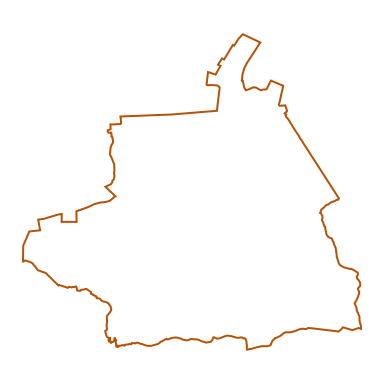 Racsa, Satu Mare, Romania
{"feature_id": "2599482B8839717617259", "entity_name": "Racsa", "entity_type": "district", "adm_level": 2, "iso_a3": "ROU", "parent_name": "Romania", "parent_adm1": "Satu Mare", "projection": "robinson", "projection_center": [23.336, 47.815], "detail": "fine", "context": "isolated", "style": "outline", "palette": "amber", "viewbox_px": 384, "rotation_deg": 0, "n_neighbors": 0, "source": "geoboundaries", "source_scale": "gbopen_adm2", "svg_char_len": 6006}
<svg xmlns="http://www.w3.org/2000/svg" viewBox="0 0 384 384"><path d="M247.0,349.7L247.8,349.6L248.7,349.2L251.1,348.9L253.8,348.2L256.5,347.3L259.3,346.7L262.1,346.2L267.1,346.2L269.4,345.7L270.5,345.1L270.8,344.8L271.1,343.5L272.6,340.7L273.2,339.9L274.6,338.8L274.8,338.3L276.6,337.7L280.1,336.0L284.4,332.7L285.2,332.4L286.3,332.3L289.4,332.4L291.7,332.0L296.1,330.7L298.2,329.7L301.4,328.8L302.9,328.7L304.5,329.0L306.0,329.0L306.6,328.9L307.9,328.0L311.3,328.2L335.3,331.1L338.4,331.6L340.5,330.0L343.0,327.3L352.3,330.1L358.8,328.0L361.0,328.9L361.0,327.1L360.8,325.3L360.5,324.2L360.1,323.4L359.8,322.2L359.4,318.6L359.5,317.1L359.4,316.1L358.8,315.3L358.1,313.1L357.2,311.6L356.8,310.4L356.7,309.6L356.3,307.2L355.2,304.8L354.6,303.3L354.8,302.7L356.1,300.9L357.2,298.7L358.0,296.8L359.1,293.3L359.2,292.1L358.0,289.1L358.0,288.6L358.7,287.3L360.0,286.3L360.2,285.6L360.1,282.7L359.7,281.8L358.4,279.9L357.2,278.7L356.9,277.9L356.7,277.1L356.8,276.5L357.4,275.7L357.8,275.0L358.0,273.6L357.8,273.0L356.9,272.1L353.3,269.8L351.3,268.9L350.0,269.0L348.9,268.5L348.1,268.5L347.3,268.3L343.5,267.2L340.4,265.4L339.9,264.9L338.9,263.4L336.8,257.0L336.4,253.0L335.6,247.4L335.1,246.9L334.2,244.5L333.7,244.0L333.7,242.5L332.6,240.8L332.5,240.3L331.9,238.8L331.4,238.4L329.7,237.7L328.2,236.9L327.0,235.2L326.2,233.7L326.0,231.4L325.5,230.7L325.4,229.4L325.4,228.4L325.3,227.6L325.3,227.2L325.1,226.7L324.3,226.3L323.6,224.0L323.3,222.6L322.1,220.6L321.9,219.7L322.1,218.9L322.4,218.2L322.6,217.5L322.5,216.1L321.8,215.1L321.3,214.0L320.7,213.1L320.1,212.9L320.7,212.1L320.6,211.5L321.3,209.6L323.2,208.0L323.6,207.9L326.4,204.9L327.9,204.7L330.5,202.7L332.1,201.8L332.9,201.8L333.2,201.5L333.8,201.5L337.2,199.6L337.6,199.6L337.9,199.8L338.6,199.1L338.9,198.4L302.9,142.5L301.5,140.0L301.2,140.0L299.8,137.9L299.4,136.8L294.2,129.0L289.3,120.8L288.3,119.5L288.1,119.0L287.5,118.4L287.3,118.0L286.5,117.3L286.1,116.6L286.0,116.0L285.7,115.6L286.1,114.6L285.5,114.2L285.4,113.7L284.7,113.2L286.4,111.9L287.1,110.9L285.2,105.4L279.6,105.8L278.9,104.8L280.3,99.0L280.9,95.9L281.2,95.5L281.2,95.3L281.1,95.0L282.0,91.1L282.3,90.3L283.2,85.8L270.9,80.6L266.5,89.3L263.0,89.6L261.0,90.2L260.1,89.9L256.5,87.9L254.9,87.4L253.7,87.3L252.6,87.6L249.1,89.2L245.8,90.3L244.1,87.2L242.9,81.0L242.0,81.0L241.8,80.6L242.5,74.5L244.0,68.8L246.7,63.4L260.3,42.5L243.0,34.3L242.3,34.6L238.3,39.1L234.1,45.6L232.9,44.9L224.1,59.5L222.1,58.4L218.0,64.7L220.5,65.9L215.6,74.5L208.0,72.1L206.6,84.7L207.1,85.2L212.6,85.1L217.7,85.5L219.7,87.6L218.6,96.1L216.9,110.8L171.6,114.5L120.4,116.5L120.6,117.6L121.1,123.0L121.0,123.5L120.4,124.0L120.0,124.1L117.3,124.1L115.0,124.4L110.4,124.4L110.6,129.3L107.7,130.3L107.8,131.6L108.5,132.6L109.1,132.9L110.9,132.5L111.4,133.0L111.3,134.0L111.7,135.0L111.3,136.0L111.7,136.9L112.4,137.1L113.0,140.8L113.0,142.5L112.2,144.0L111.5,144.6L111.4,145.8L110.7,147.1L110.1,152.5L110.0,154.7L111.3,157.1L114.2,164.3L114.4,169.8L114.0,172.8L114.5,176.2L113.7,179.4L112.4,180.7L112.3,182.2L110.8,184.3L105.4,186.8L115.4,196.3L114.5,196.7L111.3,199.6L109.7,200.8L105.8,202.0L100.4,202.5L94.4,204.1L88.1,207.1L76.4,211.3L76.6,221.9L61.6,221.9L61.7,214.0L57.9,214.6L44.0,218.8L38.2,219.6L40.1,230.3L29.3,231.5L23.2,245.7L23.0,261.2L23.1,261.6L25.1,260.5L28.9,261.6L31.6,262.7L33.1,263.9L33.4,264.7L35.3,266.7L37.6,270.0L38.2,270.4L39.5,270.7L41.3,271.5L45.3,272.8L46.0,273.3L58.4,285.5L58.9,285.0L59.2,285.0L66.4,287.3L67.7,287.9L69.0,286.8L70.9,287.3L71.6,287.3L72.2,287.0L73.8,287.1L74.6,287.0L75.9,286.4L76.2,286.6L76.5,287.4L76.7,288.6L77.3,290.6L78.6,290.6L80.1,290.9L80.8,290.5L81.0,290.0L81.2,289.8L84.1,289.5L85.4,289.0L86.3,288.9L91.1,292.1L90.8,293.3L91.0,293.8L92.4,294.2L92.6,294.3L92.4,294.5L92.5,294.7L95.9,296.1L96.1,296.3L95.9,296.5L96.5,296.8L96.8,297.2L96.5,297.7L96.7,298.1L99.9,298.7L101.3,300.4L101.9,300.9L103.3,301.5L105.9,302.0L107.8,302.9L108.4,303.4L110.7,306.8L110.9,307.9L111.2,308.6L111.2,310.2L109.7,312.6L107.1,315.8L106.9,316.2L106.8,316.9L107.1,322.5L106.6,324.0L106.7,327.0L107.1,328.8L106.8,329.6L106.4,330.0L106.1,330.4L105.4,330.7L105.6,331.2L105.4,331.8L105.4,332.5L107.0,337.0L107.3,337.3L108.2,337.6L108.7,338.1L109.1,338.2L109.9,337.8L110.2,338.1L110.0,338.6L109.1,339.5L108.8,339.4L108.7,339.5L108.5,340.3L109.0,341.5L109.4,341.6L109.6,341.4L109.8,340.4L110.0,340.1L110.0,341.7L110.1,341.9L110.3,341.9L110.7,341.4L110.9,341.5L111.0,342.1L110.5,342.4L110.9,342.9L111.1,342.9L111.9,342.3L112.7,342.1L113.3,341.6L114.1,340.7L114.5,339.1L114.6,338.1L114.8,338.0L115.1,338.1L115.1,339.3L116.0,340.0L116.2,340.4L116.1,340.7L115.6,341.4L115.6,341.7L115.8,342.7L115.8,343.6L116.4,344.3L116.2,345.2L117.2,345.6L116.4,346.5L116.5,346.6L117.0,346.7L117.4,347.0L117.6,347.0L118.0,346.5L118.9,346.4L119.0,345.9L119.5,345.6L120.7,345.8L121.7,345.3L122.4,345.1L123.0,345.2L123.9,345.7L124.4,345.5L124.5,345.0L124.7,344.8L125.5,344.9L126.4,344.5L128.8,344.4L129.5,343.9L130.4,344.2L131.2,344.2L131.4,344.1L131.6,343.3L131.7,343.2L133.8,343.2L134.3,343.1L135.2,343.4L136.4,342.7L138.3,342.8L139.0,343.3L139.5,343.3L140.5,343.8L141.8,343.9L143.3,344.6L143.9,344.7L144.6,345.1L147.0,345.7L149.2,346.0L150.3,345.7L151.5,345.8L156.8,344.3L158.0,343.9L159.4,343.1L160.6,341.7L162.1,341.4L163.1,340.5L164.8,339.8L165.2,339.3L165.8,339.3L166.6,338.8L167.3,339.3L168.0,339.5L169.5,338.8L172.0,338.0L175.0,337.5L177.1,337.6L178.2,337.8L179.1,338.2L180.4,338.4L182.5,339.5L186.3,340.4L187.9,340.2L190.8,339.0L195.0,339.4L196.5,339.3L198.6,339.8L199.7,340.4L200.9,340.8L202.4,341.5L203.6,341.7L205.9,342.6L206.3,342.6L208.0,342.2L209.5,342.1L210.6,341.8L211.3,341.2L212.2,340.0L212.8,338.7L213.2,337.5L213.4,337.3L214.0,337.3L216.8,338.5L218.2,338.6L219.7,338.3L223.4,336.8L226.9,335.7L227.5,335.6L231.6,336.2L236.2,337.6L237.9,337.8L239.4,337.7L241.0,337.3L241.9,337.5L243.1,338.2L243.7,338.4L244.1,338.5L244.9,338.2L245.2,338.3L245.8,339.5L246.3,341.0L246.5,342.0L246.5,343.1L246.9,345.1L246.8,348.5L246.9,349.5L247.0,349.7Z" fill="none" stroke="#b45309" stroke-width="2"/></svg>